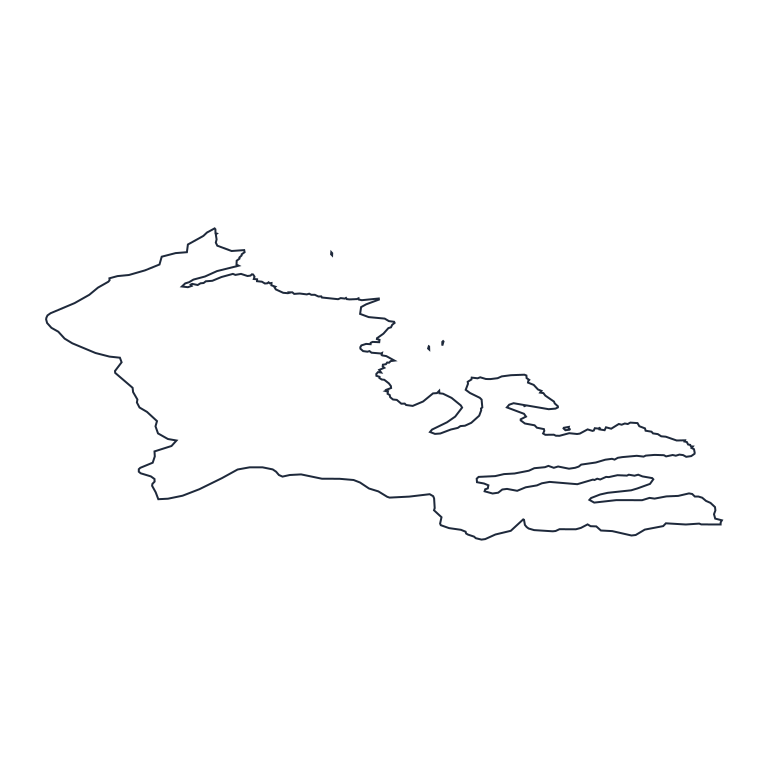 Árneshreppur, Vestfirðir, Iceland (Equal Earth projection)
{"feature_id": "244011B92022671609099", "entity_name": "Árneshreppur", "entity_type": "district", "adm_level": 2, "iso_a3": "ISL", "parent_name": "Iceland", "parent_adm1": "Vestfirðir", "projection": "equal_earth", "projection_center": [-21.632, 66.077], "detail": "fine", "context": "isolated", "style": "outline", "palette": "slate", "viewbox_px": 768, "rotation_deg": 0, "n_neighbors": 0, "source": "geoboundaries", "source_scale": "gbopen_adm2", "svg_char_len": 6117}
<svg xmlns="http://www.w3.org/2000/svg" viewBox="0 0 768 768"><path d="M50.6,313.2L47.5,315.4L46.4,317.7L46.1,319.3L47.1,323.0L51.4,327.8L58.3,331.7L64.6,338.6L72.3,343.3L95.5,353.0L109.5,356.6L119.9,357.7L121.6,362.3L115.0,371.0L115.2,372.9L132.6,387.8L133.1,392.1L137.4,399.5L136.9,402.5L139.5,407.5L147.0,411.9L157.0,421.1L155.5,426.3L158.0,433.4L167.9,439.0L176.5,440.5L171.5,446.0L154.5,451.4L154.8,456.4L152.7,462.7L140.3,467.8L138.8,469.2L138.8,471.7L140.7,473.3L150.9,476.4L154.5,479.0L154.6,481.6L152.4,483.9L152.1,485.8L155.7,492.3L158.3,499.2L168.0,498.7L182.6,495.7L199.4,489.2L222.0,478.1L237.6,469.5L249.8,467.3L262.4,467.3L272.7,469.4L276.1,471.7L278.9,475.0L282.5,476.6L289.8,475.0L301.1,474.4L321.8,478.7L339.6,478.8L353.6,480.0L360.0,482.5L369.0,488.5L378.4,491.4L387.2,496.8L389.6,497.6L409.3,496.6L429.7,494.2L433.2,496.2L434.1,498.4L434.7,508.1L434.0,510.3L441.5,517.2L440.1,523.6L440.8,525.2L449.0,528.1L460.9,529.8L465.6,531.7L466.1,533.5L468.0,534.6L474.0,536.6L475.8,538.2L481.5,539.6L485.2,539.1L495.4,534.5L510.8,530.8L523.2,519.4L524.0,519.8L524.9,524.9L526.6,527.0L528.6,528.5L534.1,530.1L552.7,531.3L555.6,531.0L559.5,529.2L575.8,529.3L580.9,527.9L587.6,524.4L590.6,526.2L596.3,526.4L600.9,530.5L612.2,531.1L631.5,535.5L635.7,535.0L644.8,529.6L663.2,526.1L665.9,523.3L685.8,524.5L699.2,523.6L701.2,524.4L720.6,524.5L720.7,522.3L721.9,520.3L715.2,518.6L714.0,514.2L715.4,510.4L715.0,507.1L710.5,502.9L706.0,500.9L702.2,497.7L698.3,496.5L694.8,496.5L692.2,494.0L689.0,493.4L678.2,495.9L666.4,496.4L654.6,498.6L649.5,497.9L642.1,500.2L616.5,500.1L594.2,502.6L589.4,499.9L591.1,498.0L600.1,494.5L607.8,492.8L631.2,490.3L637.2,488.5L650.0,483.9L653.3,479.3L652.2,478.1L642.4,476.4L638.2,474.7L634.5,475.7L628.8,474.7L626.9,475.6L617.5,475.2L608.8,477.1L606.1,476.9L600.2,479.5L597.2,478.7L594.5,480.0L592.9,479.6L577.3,484.2L549.6,481.9L541.8,483.3L536.9,485.4L525.7,487.3L517.2,490.8L507.0,488.9L502.3,489.5L498.2,492.7L492.6,493.5L484.6,491.3L485.2,489.3L487.8,488.4L488.4,485.3L484.0,483.5L477.0,482.2L476.7,478.7L478.6,476.9L495.2,476.1L504.0,474.1L514.5,473.5L528.9,470.7L534.3,468.2L544.9,467.2L548.4,465.9L553.8,467.8L558.1,466.5L569.0,468.7L575.1,467.8L578.7,466.6L581.2,464.6L595.8,462.5L605.3,459.7L612.0,458.8L614.6,459.6L617.8,457.8L622.3,457.1L636.8,455.8L643.6,456.6L645.8,455.6L654.6,454.9L663.9,455.2L666.1,456.4L672.7,455.0L675.8,455.7L679.4,454.6L683.1,455.1L686.2,456.8L691.2,456.1L694.5,453.8L694.7,452.8L694.0,449.2L691.6,448.0L692.8,446.5L690.9,446.4L690.2,444.9L688.1,444.5L686.8,442.0L684.5,441.5L685.0,440.3L676.7,440.5L665.8,436.7L661.2,436.3L657.8,434.1L653.0,433.4L651.5,431.7L645.6,430.7L645.0,428.4L639.3,426.2L637.5,423.1L630.3,422.6L627.8,424.0L624.8,423.5L621.7,424.7L618.8,424.0L611.2,428.7L606.0,427.3L604.6,430.2L599.6,429.4L600.0,428.3L599.4,427.9L598.4,428.6L594.8,428.2L593.8,430.5L592.5,430.9L587.6,429.4L579.8,433.6L577.1,434.0L569.2,433.2L559.5,435.8L555.8,435.7L553.8,434.7L545.3,434.8L543.1,433.5L544.3,430.9L543.9,429.1L536.9,427.7L534.6,425.3L524.9,423.5L520.7,420.4L520.7,419.3L526.0,416.6L524.0,413.8L506.9,407.4L509.2,404.7L513.6,403.2L525.0,405.2L523.6,406.4L526.5,405.4L548.7,409.2L555.5,408.6L557.9,407.4L557.9,406.3L554.7,403.4L554.0,401.6L545.3,395.6L543.4,393.1L540.2,392.6L541.5,390.9L538.0,389.5L533.7,384.9L528.0,382.6L528.3,380.8L529.2,379.9L526.6,378.1L526.4,375.5L524.4,374.7L511.0,375.2L501.7,376.4L497.6,378.2L490.2,379.1L485.9,379.0L480.2,377.3L477.6,378.3L471.7,377.6L471.4,379.5L467.7,381.8L468.0,383.8L465.7,389.8L470.0,393.0L479.8,397.8L481.6,399.6L482.3,407.4L481.0,408.5L481.2,410.3L479.2,415.7L471.3,422.8L465.0,425.7L460.4,426.1L457.8,427.9L450.9,429.5L440.3,433.5L435.0,433.9L430.0,432.0L432.0,429.6L447.0,422.3L455.2,416.6L462.1,407.6L460.8,405.4L451.6,397.9L443.0,393.7L439.4,393.3L439.2,390.8L437.0,393.1L433.0,393.4L423.1,401.5L412.7,405.9L406.1,405.0L404.7,403.6L401.3,403.7L396.8,399.9L393.0,399.5L390.2,397.2L389.7,395.0L387.6,393.8L387.9,391.7L385.4,391.0L387.5,390.0L386.8,389.6L391.1,388.0L390.9,386.1L388.9,383.4L384.3,379.8L381.7,379.5L379.4,378.0L379.5,376.8L376.4,375.8L376.3,374.0L378.0,372.1L381.1,372.5L379.2,369.9L384.3,367.8L382.7,366.4L382.9,364.7L385.9,364.2L387.2,362.5L389.0,362.7L390.7,361.1L394.5,360.6L386.3,356.1L382.2,355.4L381.6,354.9L382.0,353.0L381.0,353.5L371.5,352.7L369.5,351.1L367.4,351.7L363.1,351.1L360.4,348.7L360.3,347.2L361.4,345.4L366.1,343.9L370.6,344.2L370.7,342.8L372.6,341.9L379.2,342.2L379.5,339.8L376.9,339.1L377.0,338.2L383.4,333.7L388.4,328.1L391.0,327.3L392.2,324.8L394.6,322.9L394.1,321.8L388.9,321.1L384.7,318.6L368.7,317.1L360.1,313.9L361.1,307.1L366.2,304.3L378.9,299.6L378.8,298.5L361.8,300.2L358.7,299.5L358.5,298.3L356.7,299.1L349.5,299.4L346.8,299.1L346.0,297.9L344.9,298.6L340.7,298.1L338.1,299.2L321.9,297.5L321.3,296.4L318.4,296.5L314.8,294.8L311.3,294.8L309.2,293.7L306.8,294.4L299.7,293.5L294.2,293.9L292.3,292.3L289.1,292.3L289.5,292.8L287.9,293.2L283.2,292.8L275.8,289.4L274.5,287.3L275.3,286.7L271.4,285.3L271.5,283.0L269.6,283.3L268.6,282.3L267.3,283.3L264.9,283.5L261.9,281.7L257.0,281.2L257.1,279.3L253.8,279.0L254.5,276.6L253.1,274.5L251.9,274.3L250.5,275.6L247.5,276.0L241.0,273.9L235.4,274.9L232.9,273.9L221.5,277.0L212.3,280.8L205.8,281.3L203.6,283.0L200.5,283.3L197.7,285.0L192.2,283.9L190.7,284.6L191.7,285.9L187.9,287.2L181.9,286.5L185.2,283.4L189.1,282.2L193.4,279.6L205.0,276.5L217.0,271.1L238.7,265.7L236.5,264.6L236.7,260.7L239.5,258.6L239.4,257.5L241.6,255.5L241.7,254.3L244.6,252.2L244.2,250.1L231.6,251.0L217.3,245.7L215.8,242.6L216.6,239.4L215.8,234.4L216.8,233.6L215.5,233.2L215.4,229.3L214.6,228.4L207.0,232.5L203.4,235.9L187.9,244.5L186.9,252.2L175.6,253.1L161.7,256.7L159.5,264.5L144.9,270.4L128.9,275.0L117.5,276.1L109.4,278.3L109.6,280.2L108.4,281.7L98.0,287.6L89.3,294.8L74.6,303.1L50.6,313.2ZM568.8,426.9L563.8,427.8L563.5,428.4L565.4,430.2L569.5,429.7L569.8,429.2L568.5,427.9L568.8,426.9ZM442.3,345.6L443.5,341.5L443.1,341.1L442.3,341.9L442.3,345.6ZM332.1,255.3L332.2,253.2L331.3,252.2L331.1,254.3L332.1,255.3ZM429.2,349.5L429.1,346.5L428.8,346.3L428.1,348.5L429.2,349.5Z" fill="none" stroke="#1e293b" stroke-width="2"/></svg>